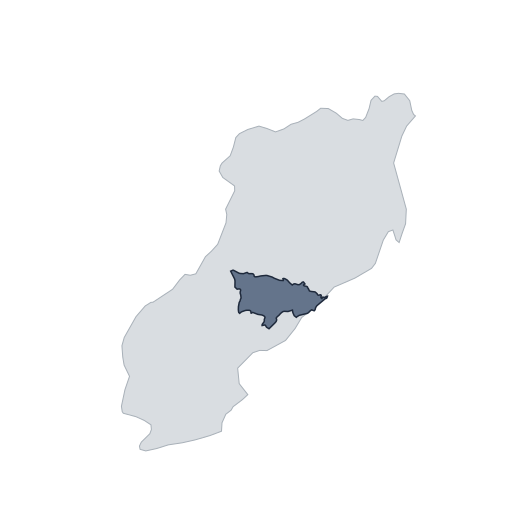 location of Tiranë within Albania, rotated 224°
{"feature_id": "ALB-1529", "entity_name": "Tiranë", "entity_type": "County", "adm_level": 1, "iso_a3": "ALB", "parent_name": "Albania", "parent_adm1": "", "projection": "albers", "projection_center": [19.744, 41.26], "detail": "fine", "context": "in_parent", "style": "filled", "palette": "slate", "viewbox_px": 512, "rotation_deg": 224, "n_neighbors": 0, "source": "natural_earth", "source_scale": "10m", "svg_char_len": 3799}
<svg xmlns="http://www.w3.org/2000/svg" viewBox="0 0 512 512"><g transform="rotate(224 256 256)"><path d="M165.6,150.6L166.0,143.3L167.8,131.7L166.8,127.8L167.8,121.2L164.6,112.4L159.1,106.0L164.4,94.8L172.2,81.2L179.3,70.4L187.9,59.2L193.7,48.5L199.9,39.2L205.1,36.4L207.8,38.3L209.2,42.4L208.9,54.4L210.7,58.5L214.3,61.6L222.1,60.1L230.6,57.1L242.2,50.7L244.1,51.1L248.4,54.4L257.4,68.8L263.4,81.6L275.1,85.9L281.7,90.8L290.1,98.3L294.2,105.9L300.2,129.1L301.0,143.1L299.4,149.6L298.0,151.2L292.9,174.2L294.3,185.8L294.3,193.5L289.9,196.5L286.9,201.4L291.9,220.4L291.4,228.5L291.7,237.8L300.6,259.0L305.8,265.5L310.4,268.6L316.6,288.1L320.1,291.5L334.4,289.4L341.5,291.5L344.3,296.1L345.0,299.3L344.2,310.2L347.9,318.6L352.8,327.2L352.9,332.5L349.8,341.3L344.1,351.5L336.5,355.4L328.2,358.8L324.2,366.8L322.3,375.1L318.6,381.4L316.3,388.2L312.8,402.1L312.1,407.2L306.4,412.3L297.5,414.5L289.5,415.0L284.1,417.4L281.4,422.1L276.4,426.0L273.3,427.7L273.4,431.9L277.1,440.7L281.4,447.9L281.5,453.6L279.5,455.2L272.9,454.6L271.6,456.7L270.9,463.1L269.2,468.6L266.5,472.0L261.8,475.6L253.3,474.5L245.2,469.0L241.0,467.3L238.6,467.5L237.9,454.1L234.4,443.6L221.6,418.5L180.4,394.1L170.8,383.1L166.6,373.8L162.4,365.1L166.5,364.9L170.5,367.1L175.6,369.8L177.7,365.4L175.5,355.9L165.0,333.6L164.3,327.4L169.5,308.8L178.2,287.9L177.7,262.6L180.4,243.5L177.5,231.0L176.1,215.8L182.4,195.6L187.8,190.6L191.1,184.2L191.3,162.6L179.4,152.5L165.6,150.6Z" fill="#d9dde1" stroke="#a8b0b8" stroke-width="1"/><path d="M176.7,276.8L175.9,275.1L176.0,274.3L176.5,273.6L177.7,262.5L177.2,260.1L176.5,259.1L176.1,258.0L176.1,257.0L178.6,255.9L178.9,254.3L178.9,252.3L179.1,250.6L183.7,243.3L184.4,240.5L184.4,239.9L187.1,239.6L190.2,240.9L192.2,242.4L194.4,238.3L197.3,235.8L198.0,234.7L198.3,233.1L198.4,231.4L198.3,229.6L198.5,227.1L198.5,226.0L198.3,225.3L197.2,224.8L196.6,224.2L196.0,222.8L195.9,221.0L196.1,212.7L199.0,212.1L201.2,212.7L201.9,212.3L202.4,211.6L202.8,210.9L203.3,210.2L203.7,210.5L204.1,211.4L204.4,213.8L204.6,214.5L205.0,215.2L205.5,215.6L205.8,215.9L206.1,216.4L206.4,217.1L206.8,218.0L207.5,218.4L208.8,218.4L209.7,218.1L210.9,217.6L214.1,215.3L218.6,213.4L219.2,213.1L219.4,212.5L219.5,211.9L219.8,211.5L220.2,211.7L221.3,212.6L222.2,212.7L223.1,212.3L225.0,210.5L225.9,209.3L227.3,206.5L227.6,205.8L227.8,204.9L227.9,203.4L229.2,203.4L230.1,204.0L231.4,205.1L233.5,207.4L235.8,210.9L236.1,211.9L236.2,212.5L236.4,212.9L237.0,213.8L237.2,214.3L237.3,214.9L237.7,215.5L239.7,217.2L241.6,218.3L242.4,219.2L243.3,220.8L244.0,221.1L244.8,221.0L245.9,219.9L246.5,219.0L249.6,219.0L253.8,223.5L255.4,224.6L263.7,227.5L263.0,229.2L262.8,229.7L262.3,230.1L256.4,231.8L255.3,232.4L252.8,234.5L251.0,238.0L249.2,238.2L248.5,238.7L246.7,240.5L246.1,240.9L245.4,241.1L244.5,241.0L243.8,240.6L243.3,240.2L242.6,240.2L241.7,240.8L240.1,242.8L238.7,245.0L235.4,248.9L234.6,249.6L229.7,252.1L227.4,252.7L222.1,254.9L219.4,257.2L219.5,257.5L219.9,257.9L220.5,258.2L220.9,258.4L220.8,258.7L220.3,259.3L218.9,259.9L216.7,260.4L213.3,260.1L209.8,260.3L209.5,261.9L209.2,262.5L208.5,263.2L205.9,264.5L205.0,265.4L204.6,266.9L204.5,268.0L204.5,269.3L204.1,269.9L203.8,270.3L201.4,269.9L201.7,268.8L201.7,268.5L201.7,268.2L201.3,267.9L201.0,267.9L200.4,268.1L198.5,269.3L197.9,269.5L197.3,269.4L197.1,269.2L196.8,269.0L195.7,269.0L195.6,268.9L195.5,268.7L195.3,268.6L194.5,268.5L193.7,268.1L193.3,268.0L192.4,268.4L191.3,269.1L189.4,270.6L188.5,271.2L187.4,271.3L185.7,271.3L185.3,271.1L184.8,270.9L184.2,271.0L183.7,271.3L183.1,272.3L182.7,272.9L182.2,273.1L181.5,272.8L180.7,271.5L180.3,271.1L179.9,271.1L179.3,271.2L179.0,271.2L179.0,271.3L179.4,272.0L179.5,272.5L179.4,272.9L178.9,273.2L178.5,273.2L178.2,273.4L178.0,273.7L176.8,276.7L176.7,276.8Z" fill="#64748b" stroke="#1e293b" stroke-width="1.5"/></g></svg>